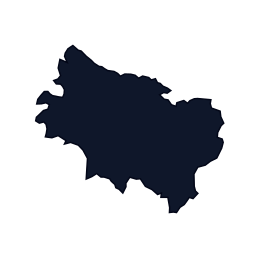 the district of Nova Alvorada, Rio Grande do Sul, Brazil, rotated 209°
{"feature_id": "56859067B88553950142054", "entity_name": "Nova Alvorada", "entity_type": "district", "adm_level": 2, "iso_a3": "BRA", "parent_name": "Brazil", "parent_adm1": "Rio Grande do Sul", "projection": "albers", "projection_center": [-52.161, -28.706], "detail": "fine", "context": "isolated", "style": "filled", "palette": "ink", "viewbox_px": 256, "rotation_deg": 209, "n_neighbors": 0, "source": "geoboundaries", "source_scale": "gbopen_adm2", "svg_char_len": 1721}
<svg xmlns="http://www.w3.org/2000/svg" viewBox="0 0 256 256"><g transform="rotate(209 128 128)"><path d="M44.6,77.6L44.1,83.8L41.7,88.4L41.1,93.2L40.8,97.0L36.9,97.8L35.2,104.7L38.5,105.6L41.8,109.1L48.0,119.7L48.0,127.6L42.4,133.0L39.9,138.8L35.8,144.8L36.3,155.8L37.8,161.6L40.3,164.0L45.4,163.1L47.4,167.6L47.7,175.2L46.6,178.6L52.3,182.8L55.6,187.4L64.7,185.9L67.9,189.2L69.2,192.9L81.4,187.5L84.2,185.7L87.1,181.9L87.9,178.5L92.5,179.1L97.5,173.8L96.5,170.2L101.3,169.4L106.6,172.0L110.3,170.7L116.5,172.4L114.0,176.3L110.6,177.5L108.7,181.5L112.8,182.0L117.8,181.5L121.4,182.6L124.2,181.9L127.9,184.4L131.0,181.3L134.3,182.2L140.4,180.5L142.8,176.7L147.3,177.6L151.6,176.4L157.0,173.6L159.8,169.6L163.5,170.7L167.6,170.7L173.6,168.4L177.4,168.5L180.6,168.9L183.3,167.8L189.0,168.2L192.9,169.4L199.3,170.5L206.2,172.6L209.3,171.9L216.2,173.4L218.9,168.3L219.2,163.1L218.2,159.9L212.9,155.8L220.8,155.0L218.1,146.6L212.3,141.1L213.1,136.8L216.0,133.5L212.1,131.8L208.2,133.7L205.3,132.7L202.2,130.7L200.4,126.8L200.0,123.1L203.7,121.6L206.7,120.7L209.7,119.7L212.9,120.0L215.8,121.1L218.9,119.3L220.0,114.3L220.8,109.4L219.5,104.8L215.5,107.2L212.0,110.3L208.1,110.3L207.2,105.6L210.4,102.3L212.0,97.0L213.3,93.0L212.2,89.5L207.9,89.3L204.6,92.5L201.4,91.5L198.4,88.0L196.8,83.6L196.0,80.2L189.8,82.6L185.4,87.5L176.1,86.9L175.8,83.2L171.2,87.6L163.1,88.9L156.7,86.9L148.7,81.8L139.8,63.1L136.1,67.9L133.3,73.0L127.9,72.0L125.2,73.5L119.4,74.7L116.5,73.2L112.2,72.3L109.7,69.9L106.1,70.1L101.0,68.6L101.3,75.6L103.1,78.7L102.6,85.8L96.0,87.3L92.6,89.6L84.5,85.4L77.1,85.8L69.9,84.2L67.2,87.3L65.6,83.3L59.5,86.7L52.9,78.5L50.8,74.2L47.6,76.5L44.6,77.6Z" fill="#0f172a" stroke="#020617" stroke-width="1.5"/></g></svg>